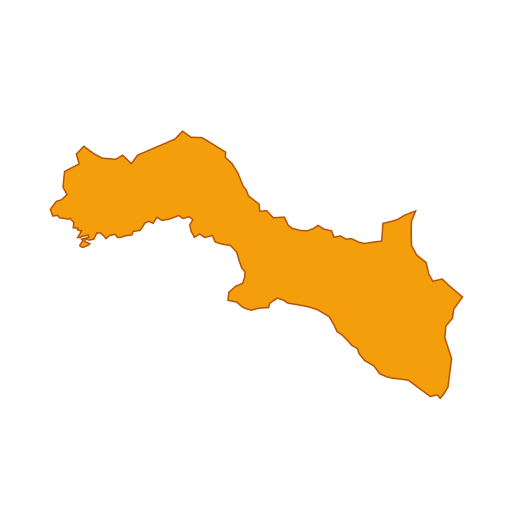 Pigenia, Nicosia, Cyprus (Natural Earth projection), rotated 279°
{"feature_id": "46923920B48562884409952", "entity_name": "Pigenia", "entity_type": "district", "adm_level": 2, "iso_a3": "CYP", "parent_name": "Cyprus", "parent_adm1": "Nicosia", "projection": "natural_earth1", "projection_center": [32.648, 35.156], "detail": "fine", "context": "isolated", "style": "filled", "palette": "amber", "viewbox_px": 512, "rotation_deg": 279, "n_neighbors": 0, "source": "geoboundaries", "source_scale": "gbopen_adm2", "svg_char_len": 2251}
<svg xmlns="http://www.w3.org/2000/svg" viewBox="0 0 512 512"><g transform="rotate(279 256 256)"><path d="M185.7,465.2L185.9,464.9L204.8,455.3L216.5,454.5L225.2,459.7L234.7,459.7L247.8,466.4L257.3,450.8L262.4,443.5L258.7,434.6L265.3,429.4L276.2,425.0L282.0,414.6L290.8,407.9L298.8,406.5L307.5,405.0L314.8,404.2L325.4,406.6L319.8,396.7L314.2,390.1L311.4,384.4L308.1,376.3L302.1,376.8L290.4,377.8L287.1,366.4L285.3,361.2L285.7,355.5L288.1,347.5L286.7,342.7L289.0,336.1L286.7,330.0L292.7,326.7L293.2,318.6L296.0,312.5L292.3,308.7L289.0,303.0L288.1,296.4L289.0,287.4L291.3,283.1L298.8,277.9L296.5,267.0L302.5,259.4L300.7,252.8L307.7,250.9L314.2,239.1L319.3,236.3L323.5,232.0L334.7,225.4L343.6,217.8L348.7,210.2L353.8,209.8L364.5,184.2L363.1,173.3L367.8,163.9L358.9,157.7L337.0,123.2L327.7,118.5L334.7,108.5L329.6,102.4L328.6,88.7L331.4,80.6L334.2,74.9L337.5,68.8L331.8,64.9L328.6,62.6L319.3,66.9L309.5,53.7L293.7,54.6L287.1,59.8L281.1,55.1L278.8,50.3L269.9,45.6L263.7,49.0L265.0,53.6L262.9,56.4L263.1,58.2L263.0,64.7L264.1,66.3L260.6,70.8L255.2,71.1L255.6,75.8L253.9,75.7L253.5,77.2L253.8,79.8L246.2,77.0L246.8,79.3L248.2,81.2L250.4,87.0L248.2,87.9L245.4,81.0L244.0,82.6L238.9,80.2L237.9,81.2L237.4,83.9L240.8,89.0L242.2,89.9L243.3,85.0L246.3,84.0L246.3,85.3L245.5,88.4L247.2,93.2L253.7,95.1L254.5,98.2L252.4,102.1L249.7,105.1L253.3,108.1L255.4,113.6L252.7,116.3L253.3,119.6L255.4,123.5L257.5,130.2L261.1,130.8L263.1,137.5L266.1,139.0L271.2,141.1L273.6,145.0L272.1,149.3L278.7,152.0L276.4,157.7L279.2,165.3L283.9,173.3L281.6,178.1L284.3,183.7L282.0,188.0L276.4,185.6L270.4,188.0L264.8,192.3L269.0,197.0L266.2,202.2L269.4,209.8L263.4,213.6L262.4,220.6L262.4,229.2L256.8,236.3L248.9,240.0L241.9,243.8L238.7,247.6L233.1,248.1L227.0,247.1L222.8,240.5L215.8,234.8L207.9,235.3L207.4,244.3L203.7,250.0L202.3,254.7L201.8,259.9L205.1,267.5L207.0,276.5L211.6,277.0L217.7,283.6L216.8,289.7L214.4,294.9L214.4,304.9L214.0,316.2L212.6,325.2L207.4,338.0L199.0,344.6L193.9,347.9L191.6,353.2L186.4,360.3L182.7,364.5L180.4,370.7L175.7,373.0L169.7,379.7L165.9,389.6L158.9,396.7L157.1,404.3L156.6,410.4L157.1,418.0L157.1,426.1L151.5,436.5L144.5,450.2L147.3,456.8L144.2,460.1L148.3,462.7L156.5,466.1L185.7,465.2Z" fill="#f59e0b" stroke="#b45309" stroke-width="1.5"/></g></svg>